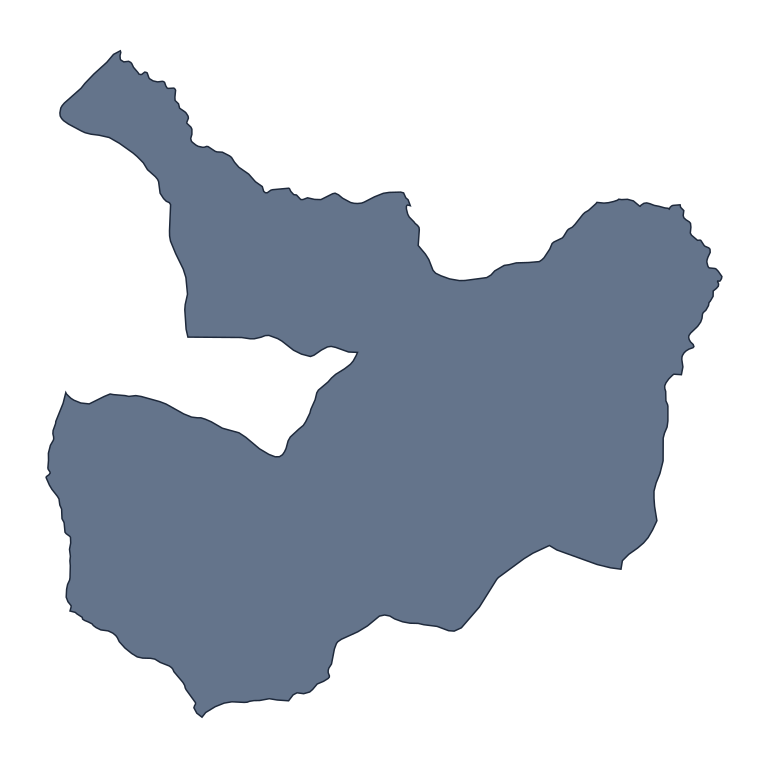 outline of Belen, Nariño, Colombia
{"feature_id": "7082276B96726097904374", "entity_name": "Belen", "entity_type": "district", "adm_level": 2, "iso_a3": "COL", "parent_name": "Colombia", "parent_adm1": "Nariño", "projection": "albers", "projection_center": [-77.044, 1.595], "detail": "fine", "context": "isolated", "style": "filled", "palette": "slate", "viewbox_px": 768, "rotation_deg": 0, "n_neighbors": 0, "source": "geoboundaries", "source_scale": "gbopen_adm2", "svg_char_len": 6020}
<svg xmlns="http://www.w3.org/2000/svg" viewBox="0 0 768 768"><path d="M596.9,202.4L595.9,203.7L588.5,210.4L584.9,212.5L582.9,214.4L575.0,224.4L572.3,227.2L568.5,229.2L567.2,230.6L563.7,236.3L562.4,237.9L553.9,242.0L552.1,243.5L549.8,249.0L544.0,257.8L541.8,259.9L539.3,261.6L528.8,262.5L516.2,262.9L509.1,264.7L504.2,265.4L494.7,270.9L491.0,275.0L486.7,277.6L464.9,280.5L459.4,280.6L449.6,278.9L441.0,275.8L435.6,273.2L433.0,270.3L428.8,259.5L425.4,254.1L418.2,245.5L419.3,229.7L419.0,227.4L417.5,225.4L415.0,223.3L414.0,221.9L409.2,217.0L407.7,214.1L406.4,208.9L406.4,206.4L406.8,205.5L407.6,205.0L410.3,205.7L408.1,199.8L405.8,197.8L403.6,192.9L400.7,192.1L389.2,192.4L383.3,193.3L374.5,196.8L364.0,202.2L361.5,203.1L357.5,203.5L354.0,203.3L350.6,202.5L342.6,198.2L338.5,194.8L335.1,193.2L332.7,193.7L320.9,199.6L314.6,199.4L307.5,197.8L303.1,199.5L302.1,199.6L300.7,199.5L296.5,195.0L293.7,194.6L290.8,191.4L289.5,188.7L288.8,188.2L272.5,189.7L270.8,190.2L267.2,192.8L265.3,192.7L263.7,191.4L262.3,186.6L255.4,181.7L248.7,174.1L238.8,167.2L234.5,162.2L231.5,157.4L229.6,155.9L222.4,152.2L217.0,151.9L215.2,151.3L208.1,146.6L206.6,146.4L204.4,147.2L202.7,147.3L198.1,146.3L195.8,145.0L192.3,142.2L191.4,141.1L190.7,138.5L191.9,134.3L191.9,129.2L190.9,127.1L186.9,123.3L186.8,122.3L188.4,118.2L188.1,116.2L186.1,113.0L185.1,112.0L179.6,108.2L178.5,103.8L175.1,100.5L174.9,97.3L175.6,90.3L175.1,89.2L173.9,88.1L168.0,88.4L167.1,88.0L165.8,85.9L164.6,82.4L163.6,81.6L162.3,81.3L157.6,81.9L153.1,80.9L149.7,78.8L148.9,77.8L147.2,72.9L146.0,72.3L144.7,72.1L141.9,74.3L140.9,74.6L138.8,74.0L138.1,72.7L133.5,67.3L131.7,63.5L130.7,62.4L128.6,61.3L123.8,61.9L120.8,60.0L120.3,59.1L120.0,55.7L120.8,52.4L120.3,50.8L113.5,54.4L106.8,62.3L93.9,74.0L84.9,83.4L81.0,88.3L64.4,103.0L62.1,105.7L60.8,108.0L59.9,112.9L60.2,116.0L61.6,118.5L63.5,120.6L68.5,124.1L81.4,131.0L85.1,132.7L91.0,134.2L99.0,135.2L109.2,137.5L119.4,143.3L133.0,153.0L137.1,156.5L143.3,162.8L147.5,169.7L155.4,176.7L157.6,179.4L158.6,181.7L160.1,193.2L163.6,198.6L166.2,201.2L169.4,202.7L170.6,204.7L169.5,230.8L169.6,236.0L170.5,241.1L175.7,253.7L183.2,269.0L185.9,277.5L187.5,294.2L185.2,304.6L184.8,309.7L186.1,329.2L187.9,337.1L241.6,337.5L250.2,338.8L254.2,338.8L261.1,337.2L265.2,335.6L268.9,335.4L277.7,338.6L281.9,341.1L293.5,350.2L301.4,354.1L310.4,356.5L314.0,355.2L321.5,350.0L327.5,346.9L331.2,346.4L335.7,347.4L348.5,352.0L357.5,352.4L356.3,355.3L353.2,361.0L350.4,364.3L344.4,368.9L335.7,374.3L331.5,378.0L328.0,382.0L318.4,390.1L316.8,392.8L315.1,399.8L310.9,409.2L309.9,413.1L305.7,421.7L303.3,425.4L298.8,429.1L290.3,437.0L288.1,440.9L286.1,448.4L284.5,451.8L282.5,454.7L279.5,456.7L275.2,456.8L268.9,454.4L259.5,448.8L245.8,437.3L239.0,432.8L222.4,428.2L211.3,421.8L205.3,419.2L200.9,417.8L197.5,417.8L191.6,417.1L183.7,413.9L166.0,404.0L159.7,401.6L141.3,396.5L135.8,395.6L128.8,396.4L125.1,395.6L113.4,394.6L110.1,394.0L104.1,396.5L89.2,403.9L80.8,403.0L73.9,400.2L70.8,398.2L68.3,395.8L66.5,394.0L65.8,392.6L63.1,403.3L55.8,421.4L55.6,423.5L53.1,430.5L52.9,433.8L53.6,436.8L53.7,438.9L53.3,440.3L50.4,445.3L48.4,453.2L48.5,460.3L47.9,467.9L48.2,469.3L49.8,471.7L50.2,473.0L49.0,474.7L46.4,476.6L46.1,477.6L49.4,485.1L51.9,489.3L57.4,496.3L59.0,499.0L59.8,505.0L61.6,509.1L62.0,518.7L64.0,522.4L64.2,523.6L65.0,532.2L66.2,533.7L69.9,536.4L70.5,537.5L70.7,543.0L69.5,549.3L70.4,556.2L69.9,560.8L70.3,565.7L70.0,577.7L69.6,580.1L67.6,584.4L66.6,589.2L66.2,597.2L68.0,601.8L71.1,605.7L71.1,607.0L70.0,611.0L75.3,612.4L76.8,613.8L82.2,617.3L82.6,619.1L84.5,620.4L88.4,622.0L92.1,623.9L93.3,625.5L96.1,627.6L100.8,629.9L108.2,630.9L112.8,633.1L115.8,635.6L117.3,637.6L119.2,641.6L124.9,648.0L131.7,653.5L137.2,656.9L142.7,658.1L150.5,658.3L154.8,659.1L160.2,662.4L169.3,666.0L171.6,667.7L172.9,669.3L173.9,671.7L183.0,682.5L184.7,685.5L185.2,687.9L186.1,689.7L195.5,702.7L195.5,704.2L194.6,705.6L193.9,707.8L196.8,713.2L202.0,717.2L205.7,712.5L215.2,706.7L224.2,703.1L231.9,701.8L244.2,702.4L247.2,702.2L249.6,701.3L253.9,700.6L259.6,700.5L269.3,698.7L277.2,700.0L288.6,700.8L293.1,694.9L297.0,692.8L303.7,693.7L309.7,692.0L312.6,689.5L317.2,684.0L323.6,681.3L328.1,678.5L329.3,677.1L329.4,675.8L328.2,672.7L328.2,670.4L328.8,668.2L331.5,664.0L334.4,649.0L336.4,643.6L337.7,641.8L341.3,639.3L357.8,631.8L367.5,625.9L379.4,616.1L384.6,615.0L389.8,616.0L394.6,618.9L402.6,621.8L410.1,623.2L418.2,623.4L423.7,624.7L437.1,626.4L448.6,630.7L454.2,631.1L461.4,627.8L479.4,607.0L496.7,579.4L498.4,577.5L524.0,558.7L532.9,553.2L549.4,545.5L556.9,550.0L597.1,564.5L610.5,567.8L621.0,569.2L622.4,560.7L628.8,554.3L637.7,548.0L643.6,542.9L648.1,537.6L652.6,529.9L656.9,520.7L654.6,506.5L654.0,498.3L654.0,491.1L656.1,483.0L659.9,473.6L662.7,462.5L663.1,460.8L663.2,438.1L664.5,433.1L667.1,427.0L667.9,420.9L667.9,406.3L667.6,404.7L665.9,400.8L665.7,391.4L664.8,388.5L664.7,385.9L666.0,382.8L668.8,378.9L672.6,375.1L673.9,374.2L681.4,374.7L682.9,366.9L681.8,359.4L682.0,356.8L682.6,355.2L684.1,352.8L686.2,350.8L689.0,349.1L693.0,347.7L693.9,346.6L693.2,344.5L690.6,342.0L689.2,339.6L688.7,337.5L688.9,335.6L690.6,333.1L697.6,326.4L700.7,322.0L702.0,318.3L702.5,314.0L703.3,312.5L705.9,310.2L706.8,308.6L708.5,305.6L709.0,302.6L710.3,301.1L713.1,296.3L713.2,291.0L716.5,288.3L718.3,286.2L718.6,284.3L718.4,283.2L717.6,281.9L717.7,281.1L719.8,281.1L720.3,280.7L721.5,278.6L721.9,276.5L718.2,271.2L716.1,269.0L715.0,268.5L709.2,267.9L708.4,267.1L707.8,265.9L706.8,261.9L707.1,259.7L707.9,257.3L710.2,252.4L710.0,249.2L708.8,247.9L705.1,246.3L704.2,245.6L700.9,240.5L700.1,240.1L697.5,240.3L691.5,235.2L690.3,233.0L690.9,227.2L690.5,223.3L689.2,221.8L686.0,219.8L683.8,217.7L683.2,215.5L683.8,210.6L680.6,207.3L680.1,204.8L672.9,205.4L671.7,205.9L670.2,207.2L669.2,209.1L668.2,208.3L664.8,207.9L659.0,206.3L654.3,205.4L649.9,203.7L646.7,202.9L643.9,203.3L641.0,205.2L640.2,206.3L639.7,206.2L633.4,200.9L627.5,199.3L621.6,199.6L618.7,199.2L617.5,200.2L613.6,201.5L608.4,202.7L603.9,203.1L596.9,202.4Z" fill="#64748b" stroke="#1e293b" stroke-width="1.5"/></svg>